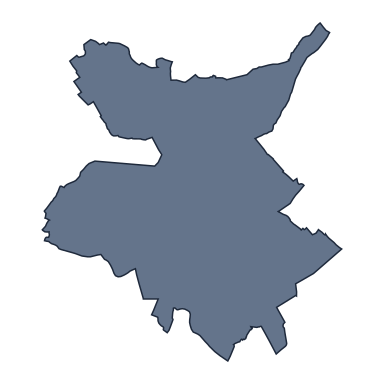 Beius, Bihor, Romania (Mercator projection)
{"feature_id": "2599482B17721412870044", "entity_name": "Beius", "entity_type": "district", "adm_level": 2, "iso_a3": "ROU", "parent_name": "Romania", "parent_adm1": "Bihor", "projection": "mercator", "projection_center": [22.351, 46.679], "detail": "fine", "context": "isolated", "style": "filled", "palette": "slate", "viewbox_px": 384, "rotation_deg": 0, "n_neighbors": 0, "source": "geoboundaries", "source_scale": "gbopen_adm2", "svg_char_len": 5850}
<svg xmlns="http://www.w3.org/2000/svg" viewBox="0 0 384 384"><path d="M230.2,356.3L234.2,346.6L234.0,344.9L233.6,344.5L234.2,344.2L234.8,343.6L238.5,342.0L239.7,341.8L240.1,341.1L240.8,340.1L241.4,339.3L242.4,339.5L242.7,340.0L243.5,339.2L244.4,339.5L245.7,338.6L245.9,338.1L245.9,337.3L246.3,337.1L246.8,335.2L249.5,330.9L250.2,329.9L250.8,329.9L251.6,328.9L252.1,328.7L252.2,328.1L251.8,327.8L251.3,327.6L250.8,326.6L256.9,327.4L258.4,326.9L259.3,326.9L260.4,326.4L260.9,326.3L261.3,326.4L265.1,333.2L269.3,340.9L276.2,354.0L281.0,349.8L285.5,346.2L286.4,344.9L286.7,343.4L284.8,332.1L284.3,328.2L283.2,326.9L283.0,325.8L283.4,323.9L284.9,322.3L279.1,311.9L276.6,307.3L295.7,295.5L296.5,296.0L296.5,295.8L296.6,291.9L295.6,283.8L313.5,273.5L341.7,249.0L339.4,247.5L336.2,244.9L334.0,242.5L328.9,238.2L327.3,236.5L325.6,234.1L325.5,234.9L325.1,235.0L324.0,234.3L323.6,233.9L321.9,232.2L320.9,231.5L318.4,229.6L317.9,230.6L317.0,231.7L316.3,232.9L314.9,233.7L312.4,234.7L307.1,228.5L306.5,227.8L305.6,228.7L304.5,229.6L304.2,229.6L302.9,228.4L301.2,230.0L300.8,229.6L300.2,228.8L295.0,224.9L293.7,224.1L290.5,221.1L290.2,220.4L290.2,219.8L290.0,219.4L289.3,218.3L288.4,217.2L287.7,216.4L286.6,215.7L286.0,215.3L284.5,214.8L283.0,214.2L280.0,212.5L278.7,211.9L278.2,211.5L279.0,211.1L290.2,203.4L292.9,199.0L295.6,195.2L299.3,191.1L304.0,185.4L303.1,184.5L302.4,184.1L301.7,183.9L300.9,183.8L299.5,184.3L299.0,184.2L298.5,183.8L297.9,182.9L297.4,181.6L297.2,180.0L296.8,178.6L293.2,181.1L288.7,176.7L286.2,174.5L282.7,171.9L283.5,171.0L273.2,159.3L273.3,158.9L268.2,154.5L267.4,154.5L263.9,149.3L255.1,138.5L256.2,138.2L256.6,137.8L259.0,136.6L261.5,135.6L263.8,134.2L265.6,133.6L266.6,133.6L268.9,132.1L271.3,131.2L271.7,131.2L273.0,128.9L273.4,125.2L274.4,123.9L275.9,123.0L277.1,120.1L280.1,115.7L281.5,111.4L283.9,107.9L285.2,106.6L288.8,100.0L290.5,94.1L291.7,92.1L295.5,79.1L296.6,76.9L298.7,73.0L300.7,68.6L300.7,67.7L301.6,66.7L305.1,60.8L306.9,57.5L308.3,56.4L312.3,53.4L313.5,52.8L317.7,49.5L320.2,46.4L325.7,39.2L327.6,36.3L328.6,34.0L329.2,33.3L329.6,32.5L326.3,30.6L326.0,30.4L323.0,26.8L320.3,23.2L320.1,23.0L319.2,23.7L317.3,25.4L315.6,27.3L314.5,29.6L310.3,35.0L309.3,35.6L307.7,36.1L305.9,36.4L302.9,37.9L299.0,43.0L298.7,44.5L297.1,45.9L296.4,47.5L295.1,49.0L293.0,52.4L291.4,53.0L290.6,56.4L289.9,58.7L288.5,59.7L289.1,60.6L285.4,62.2L277.8,64.2L273.1,64.2L268.4,65.1L261.4,67.0L259.1,67.0L256.9,68.5L253.0,69.2L247.0,74.7L226.4,79.8L226.1,79.3L222.5,77.9L218.9,77.8L215.8,77.9L215.6,76.3L214.1,75.7L213.6,75.4L213.0,75.6L212.5,76.8L210.3,77.0L209.3,77.8L205.8,78.2L200.3,78.0L198.2,77.4L195.4,74.7L189.5,79.4L185.3,82.3L182.9,82.0L179.2,80.8L176.5,80.1L171.0,80.2L170.5,75.6L170.4,73.4L170.6,71.5L170.4,69.6L170.3,67.9L171.2,64.8L172.3,61.8L171.2,61.6L168.1,60.6L165.3,59.8L162.3,58.2L161.5,58.2L160.7,58.3L159.4,58.6L157.8,59.2L156.9,59.7L156.4,60.2L156.3,61.4L156.4,62.4L156.3,64.2L156.3,64.8L156.8,66.1L157.3,66.8L157.9,67.3L152.0,67.8L150.5,67.5L149.3,67.1L147.8,66.4L145.1,64.7L142.8,63.5L141.8,63.1L140.7,63.8L139.6,65.0L138.1,64.4L136.1,63.0L133.3,60.5L132.0,59.2L130.8,57.5L130.0,55.2L129.3,53.9L129.3,51.8L128.7,49.7L128.7,49.2L127.7,47.7L124.6,45.9L119.8,43.6L118.4,43.3L110.5,42.6L108.5,42.2L106.5,44.7L106.2,44.5L105.7,45.0L104.8,44.3L103.5,43.0L99.5,44.6L98.3,43.4L96.2,41.8L95.5,41.3L93.0,40.4L90.7,39.6L83.9,44.6L84.3,49.6L84.8,50.2L85.4,51.3L85.4,53.6L85.1,54.3L84.7,54.9L83.7,55.9L78.9,57.3L78.1,56.8L76.8,55.5L69.8,61.1L73.0,66.2L76.7,70.9L76.3,72.7L79.8,77.3L73.9,81.5L81.4,92.2L78.1,94.5L79.5,96.3L88.1,104.9L90.0,104.0L93.4,101.7L97.5,109.0L101.2,115.7L100.3,116.6L102.1,119.1L102.6,119.6L104.3,122.0L105.8,123.4L106.0,123.8L106.1,124.8L106.9,127.0L107.0,127.5L107.2,128.2L107.8,129.1L108.3,129.4L108.6,129.6L109.2,130.9L109.6,132.0L111.2,134.3L111.9,135.0L113.3,135.8L114.0,135.9L116.4,135.8L118.0,135.5L119.0,136.8L127.2,138.6L128.8,138.7L132.0,138.1L132.9,138.8L140.6,138.9L141.8,139.4L144.0,139.8L145.7,139.9L146.8,139.2L152.1,137.4L158.6,149.7L161.7,154.5L161.6,155.2L158.2,162.5L154.7,166.1L94.9,161.1L89.1,163.5L86.4,165.9L83.4,169.5L80.6,172.3L80.0,175.1L79.7,176.2L77.6,178.6L75.9,180.4L74.2,181.4L68.8,183.6L67.2,184.4L66.4,184.9L65.5,185.7L64.8,186.3L64.1,187.5L61.2,186.2L60.5,186.2L60.2,186.3L60.0,186.7L59.5,187.7L57.8,192.2L57.0,193.5L56.5,195.1L55.7,196.6L53.8,198.6L52.8,200.5L52.4,201.0L51.0,202.3L50.5,203.1L46.6,208.4L45.2,210.0L44.3,211.1L44.9,212.0L46.0,213.3L45.5,216.7L45.0,218.1L46.5,218.6L49.4,220.1L48.5,220.6L47.6,222.1L46.9,223.1L45.5,226.3L42.3,229.8L42.7,230.3L44.8,231.8L47.0,232.0L49.1,231.9L49.0,232.8L49.4,234.8L49.2,235.7L48.6,237.3L46.4,237.3L46.1,237.4L45.3,238.3L44.8,239.5L44.5,240.7L46.7,241.2L48.8,241.5L49.6,242.3L51.4,243.6L53.8,244.4L55.6,245.1L57.3,246.3L59.0,248.7L61.0,249.5L72.5,252.7L75.5,253.6L82.0,256.0L87.7,256.8L90.4,256.8L97.6,255.0L100.9,254.5L104.5,259.3L106.4,260.2L108.3,261.6L110.5,265.1L112.5,269.2L114.0,273.3L115.5,275.7L118.1,276.8L120.8,276.5L124.2,275.0L126.5,273.7L128.2,272.6L130.0,271.1L132.8,269.8L135.4,268.7L136.6,274.6L139.1,283.9L143.2,298.1L143.3,299.0L156.6,299.0L158.2,299.0L153.5,310.6L151.6,314.8L157.7,317.2L157.9,318.0L158.0,319.2L158.0,320.5L158.2,321.4L158.9,323.2L160.1,324.6L161.4,325.9L162.8,326.6L163.5,327.4L163.6,327.8L163.5,328.5L163.3,329.5L163.5,330.0L167.2,332.7L167.7,332.0L169.0,330.3L170.4,326.7L173.0,319.6L172.9,319.2L172.5,318.6L172.3,318.1L172.3,317.5L172.6,313.8L172.8,312.1L173.0,311.2L173.4,310.1L173.4,309.1L173.4,308.2L174.3,307.9L175.1,308.1L176.2,309.1L176.7,309.6L177.8,309.8L179.9,309.1L182.2,308.7L184.8,309.1L187.6,310.5L189.4,311.7L190.3,314.1L190.1,317.0L189.7,319.7L189.6,322.4L190.3,325.6L191.4,329.2L193.3,332.1L195.4,333.0L197.8,334.1L200.0,335.6L205.1,341.5L207.8,344.3L209.5,346.4L214.8,351.6L219.9,355.6L227.8,361.0L230.2,356.3Z" fill="#64748b" stroke="#1e293b" stroke-width="1.5"/></svg>